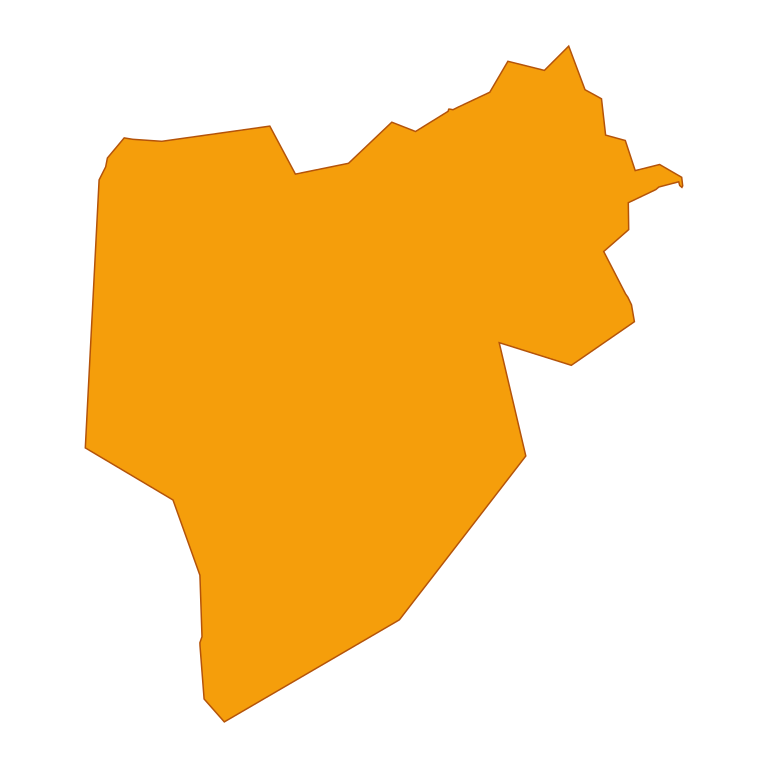 outline of Lenoir, North Carolina, United States of America
{"feature_id": "52423323B80658823199099", "entity_name": "Lenoir", "entity_type": "district", "adm_level": 2, "iso_a3": "USA", "parent_name": "United States of America", "parent_adm1": "North Carolina", "projection": "robinson", "projection_center": [-77.584, 35.217], "detail": "fine", "context": "isolated", "style": "filled", "palette": "amber", "viewbox_px": 768, "rotation_deg": 0, "n_neighbors": 0, "source": "geoboundaries", "source_scale": "gbopen_adm2", "svg_char_len": 854}
<svg xmlns="http://www.w3.org/2000/svg" viewBox="0 0 768 768"><path d="M571.3,365.3L634.4,321.7L631.5,304.8L627.8,297.1L625.6,294.0L603.7,251.5L628.7,229.6L628.3,202.7L655.8,189.6L658.9,187.0L678.7,181.8L679.7,185.5L681.9,187.4L682.7,185.9L681.7,177.3L659.6,164.5L635.2,170.6L625.3,140.5L605.6,135.1L601.5,98.8L585.0,89.7L568.7,46.1L544.4,70.4L507.9,61.3L489.8,92.2L458.4,107.0L453.0,109.7L449.6,109.1L448.7,109.2L448.1,111.3L415.5,131.5L391.8,122.2L348.5,163.3L295.4,174.1L269.8,126.1L233.7,131.2L161.8,141.3L132.7,139.3L124.2,137.9L107.4,158.0L105.7,166.7L105.7,166.8L99.1,179.9L92.4,310.8L91.9,319.9L85.3,447.9L173.0,500.0L199.9,575.2L200.1,580.4L202.0,636.7L199.9,642.7L200.0,645.7L204.1,699.0L224.3,721.9L399.4,619.8L415.7,598.6L428.9,581.6L525.8,456.0L499.2,342.7L502.2,343.6L571.3,365.3Z" fill="#f59e0b" stroke="#b45309" stroke-width="1.5"/></svg>